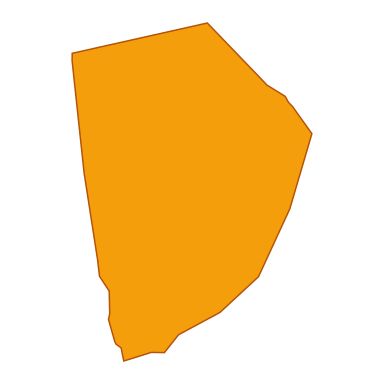 Reifi Gharb Kassala, Kassala, Sudan (Equal Earth projection)
{"feature_id": "16777658B99769220544106", "entity_name": "Reifi Gharb Kassala", "entity_type": "district", "adm_level": 2, "iso_a3": "SDN", "parent_name": "Sudan", "parent_adm1": "Kassala", "projection": "equal_earth", "projection_center": [36.076, 15.291], "detail": "fine", "context": "isolated", "style": "filled", "palette": "amber", "viewbox_px": 384, "rotation_deg": 0, "n_neighbors": 0, "source": "geoboundaries", "source_scale": "gbopen_adm2", "svg_char_len": 563}
<svg xmlns="http://www.w3.org/2000/svg" viewBox="0 0 384 384"><path d="M288.8,102.7L287.9,101.3L285.2,96.4L267.0,85.1L258.9,76.6L248.5,65.8L207.3,23.0L100.2,47.0L72.2,53.3L72.1,60.7L84.1,172.9L97.6,259.9L99.5,276.3L107.9,289.1L109.2,290.9L109.7,313.8L108.5,319.5L111.8,331.1L112.4,333.3L112.8,334.6L114.6,340.9L114.6,341.0L115.4,342.9L115.7,343.8L119.1,346.4L121.1,347.9L123.8,361.0L151.2,352.4L164.4,352.6L178.6,334.7L220.0,312.4L258.5,276.7L289.8,208.9L311.9,133.7L296.9,112.7L292.7,106.7L288.8,102.7Z" fill="#f59e0b" stroke="#b45309" stroke-width="1.5"/></svg>